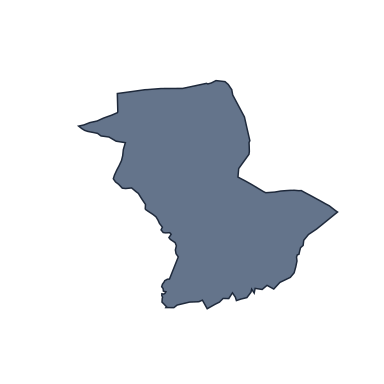 outline of Delikipos, Larnaca, Cyprus, rotated 37°
{"feature_id": "46923920B27149964753728", "entity_name": "Delikipos", "entity_type": "district", "adm_level": 2, "iso_a3": "CYP", "parent_name": "Cyprus", "parent_adm1": "Larnaca", "projection": "robinson", "projection_center": [33.34, 34.921], "detail": "fine", "context": "isolated", "style": "filled", "palette": "slate", "viewbox_px": 384, "rotation_deg": 37, "n_neighbors": 0, "source": "geoboundaries", "source_scale": "gbopen_adm2", "svg_char_len": 2048}
<svg xmlns="http://www.w3.org/2000/svg" viewBox="0 0 384 384"><g transform="rotate(37 192 192)"><path d="M162.1,86.3L161.4,86.1L156.2,84.3L151.9,84.0L144.1,88.6L141.8,93.3L139.6,96.2L138.2,96.5L122.2,114.9L105.0,128.0L94.6,137.2L93.0,138.5L84.7,146.8L73.1,158.3L84.4,172.5L84.7,173.5L81.4,179.3L79.4,182.3L76.8,186.3L73.5,192.4L68.6,198.1L65.3,203.5L61.8,207.6L65.6,207.7L69.1,207.4L72.2,206.4L77.7,203.7L81.3,202.0L85.6,202.0L92.5,198.1L100.8,197.1L109.1,192.7L111.6,199.4L114.8,204.7L116.8,209.4L118.0,215.1L118.7,219.6L119.9,225.1L121.2,228.8L124.9,230.0L128.8,230.0L134.0,230.9L136.9,229.2L141.3,225.1L147.0,225.4L150.0,225.4L155.6,227.6L160.2,229.2L162.3,229.9L164.8,233.6L165.6,233.9L168.5,233.8L174.4,233.4L178.2,233.5L181.7,234.9L185.0,236.7L189.5,237.9L190.1,240.9L193.4,241.7L195.4,240.6L198.7,237.9L200.8,238.3L201.0,242.3L203.2,242.9L209.0,242.6L211.9,244.4L213.6,248.3L216.4,250.9L220.1,252.1L226.4,275.1L224.8,276.5L223.6,279.2L223.9,281.0L223.9,283.4L224.8,285.9L227.0,286.5L228.8,288.4L231.2,287.4L231.4,289.3L230.8,290.6L229.2,291.4L230.2,292.9L231.8,293.7L232.4,295.1L234.3,298.0L236.6,298.3L240.7,299.0L240.7,300.0L247.1,295.3L248.2,291.2L256.3,281.4L263.5,275.5L265.4,272.1L274.4,276.1L278.0,267.8L280.2,263.4L280.9,258.3L285.5,255.0L285.0,248.2L289.9,249.9L292.8,252.0L295.4,248.2L299.4,243.3L299.4,236.5L298.1,233.7L302.5,235.3L300.4,231.0L306.7,227.6L308.1,221.4L315.7,220.3L316.6,211.3L321.9,201.0L322.2,195.1L320.0,189.5L317.4,184.0L314.6,181.0L313.9,178.8L314.9,177.4L313.4,174.1L312.2,171.1L312.9,167.8L310.3,163.3L310.6,155.8L313.8,146.6L320.3,120.4L318.1,120.5L316.5,120.5L309.9,120.4L306.2,121.0L305.1,121.2L304.7,121.2L290.7,123.2L282.6,124.5L278.4,125.1L276.6,126.6L272.9,128.9L269.3,131.7L266.5,134.1L262.3,137.8L258.1,142.3L251.3,148.2L248.7,148.7L244.8,149.1L235.2,150.1L227.9,151.1L221.9,152.1L219.7,152.4L215.2,145.2L215.1,141.7L215.0,136.7L214.8,127.6L213.4,125.1L210.2,121.1L207.8,118.2L207.3,116.2L196.6,107.2L188.7,100.5L166.1,90.0L162.1,86.3Z" fill="#64748b" stroke="#1e293b" stroke-width="1.5"/></g></svg>